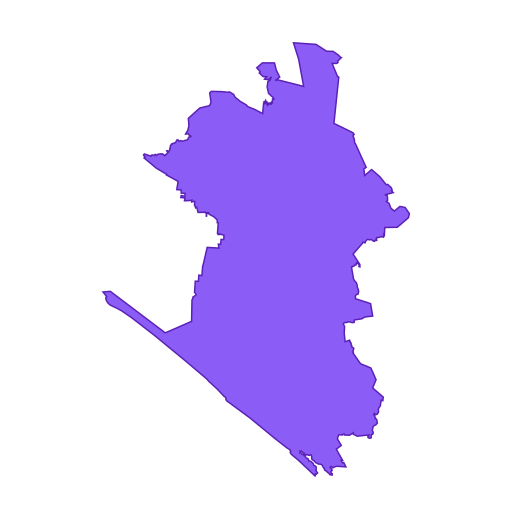 outline of Culiacán, Sinaloa, Mexico, rotated 4°
{"feature_id": "50627088B68322081472397", "entity_name": "Culiacán", "entity_type": "district", "adm_level": 2, "iso_a3": "MEX", "parent_name": "Mexico", "parent_adm1": "Sinaloa", "projection": "mercator", "projection_center": [-107.227, 24.655], "detail": "fine", "context": "isolated", "style": "filled", "palette": "violet", "viewbox_px": 512, "rotation_deg": 4, "n_neighbors": 0, "source": "geoboundaries", "source_scale": "gbopen_adm2", "svg_char_len": 6085}
<svg xmlns="http://www.w3.org/2000/svg" viewBox="0 0 512 512"><g transform="rotate(4 256 256)"><path d="M318.7,46.5L312.1,46.8L301.1,40.7L278.5,40.7L284.8,56.7L291.7,83.5L265.2,78.7L263.0,79.7L267.2,75.9L263.2,69.0L261.0,62.1L248.9,62.9L243.6,68.2L247.3,71.9L246.5,73.2L250.7,76.6L254.1,76.4L252.2,79.0L256.3,79.3L258.9,76.2L257.5,80.0L255.7,81.2L255.3,86.6L257.2,92.9L262.6,97.2L262.0,97.8L262.4,97.8L262.7,98.3L262.0,98.3L261.3,100.4L261.4,101.2L261.7,101.5L261.6,101.8L261.3,101.4L260.4,101.6L260.3,102.4L260.7,102.6L260.7,103.4L260.4,103.5L260.4,102.9L259.7,102.4L258.4,102.6L258.9,103.1L258.0,103.0L258.0,103.9L257.2,104.8L256.6,102.7L256.1,103.4L255.9,102.8L256.2,101.9L255.1,102.2L255.6,101.5L255.2,100.9L254.9,101.8L254.6,100.9L254.4,101.9L253.9,101.2L253.2,101.5L253.7,103.3L252.9,103.2L252.7,113.5L244.8,110.0L237.2,107.5L235.9,106.0L229.4,102.8L223.9,98.9L222.5,96.4L218.2,94.2L216.6,94.6L210.3,94.4L199.9,94.9L198.4,96.5L200.3,105.3L200.3,106.3L199.1,109.3L189.6,112.3L178.9,123.4L180.0,130.7L179.1,135.9L178.4,136.8L177.3,139.3L180.1,138.8L181.0,140.3L182.7,141.0L182.6,141.5L180.6,142.2L179.7,144.6L178.3,145.4L176.8,145.7L176.2,146.2L173.9,146.5L173.0,146.1L171.3,147.0L170.3,145.7L169.1,145.7L167.8,148.5L164.8,149.7L164.6,150.2L163.9,150.2L163.8,151.0L163.1,151.4L162.6,154.9L162.9,155.0L162.9,155.7L162.2,156.6L161.6,158.1L160.1,157.1L159.6,157.4L161.1,158.7L158.4,162.0L158.3,161.6L157.8,162.0L156.8,161.6L155.9,160.7L154.1,160.7L150.5,161.5L149.4,162.7L148.3,161.7L147.4,162.7L145.4,162.4L144.7,162.7L144.3,163.7L137.5,162.0L136.9,162.8L136.8,163.4L138.5,164.8L137.5,166.0L150.2,175.2L161.3,180.8L161.0,181.4L173.1,187.0L172.3,195.3L176.7,195.4L177.0,198.5L180.9,198.5L180.9,201.3L177.2,200.9L176.9,202.9L181.2,203.1L180.8,205.9L187.0,205.2L188.1,204.7L188.1,206.6L190.9,205.7L191.3,206.6L191.0,207.9L191.2,209.9L191.6,210.0L192.4,212.2L193.5,211.6L195.2,216.6L202.3,215.9L202.4,216.4L203.6,216.3L203.6,219.7L203.9,219.7L203.9,216.8L205.1,216.7L205.1,216.1L205.8,216.1L206.3,217.6L210.9,219.6L214.8,222.7L215.0,225.5L216.0,225.6L216.0,236.3L216.9,236.5L216.8,237.2L218.1,237.1L218.2,236.6L222.6,237.5L222.7,241.9L220.0,241.9L219.9,246.8L217.6,246.8L218.4,250.7L206.7,250.8L203.8,269.0L203.5,269.6L203.4,279.2L200.3,279.1L200.3,285.3L197.2,285.3L197.2,296.6L198.1,297.4L198.9,298.7L198.7,299.3L195.9,301.4L196.0,302.7L195.2,304.3L196.3,325.7L170.8,339.0L113.1,301.4L105.9,302.6L109.9,306.9L109.1,307.9L109.4,310.0L111.3,312.9L113.2,314.6L114.6,315.4L121.1,317.9L125.8,320.1L136.2,326.2L160.7,342.6L194.5,366.7L215.7,382.3L217.5,384.2L226.7,391.5L234.1,398.4L234.8,398.6L235.9,399.8L236.0,401.4L237.0,402.6L261.3,418.0L288.7,437.5L300.1,445.2L302.5,446.4L304.3,448.1L303.8,449.4L304.0,450.0L305.5,451.7L312.6,456.8L330.2,471.3L330.8,469.8L330.0,469.6L330.8,469.2L331.4,469.4L332.6,468.1L330.5,465.7L330.4,465.4L330.7,465.8L331.0,465.6L330.7,462.1L329.4,461.1L328.3,460.9L327.6,459.2L326.0,457.7L323.9,456.7L322.8,456.7L322.5,455.3L322.0,454.6L319.9,453.8L318.9,452.0L318.0,451.7L317.0,450.8L315.8,450.7L314.2,449.0L313.5,449.2L313.5,447.4L315.1,447.5L316.9,449.2L317.6,449.3L317.7,449.8L319.4,450.9L319.9,451.0L321.1,450.5L322.1,451.1L323.5,451.1L324.2,450.5L325.0,450.6L325.6,452.5L325.7,454.2L326.2,455.3L328.1,456.0L328.5,456.7L330.1,458.0L332.9,459.2L335.0,459.2L336.0,459.6L336.6,460.1L338.2,462.7L339.1,463.0L339.2,464.4L339.8,465.0L341.6,465.9L342.4,466.9L343.7,467.4L344.6,468.7L345.3,469.1L345.9,468.8L347.6,469.6L347.3,469.2L347.3,467.9L346.1,467.1L345.9,466.5L345.9,465.5L346.8,464.8L346.8,464.6L346.4,464.6L346.6,463.2L344.7,461.9L345.2,460.7L346.7,461.1L347.7,461.8L350.2,460.4L352.0,460.1L360.4,460.1L358.0,456.0L357.2,456.5L355.9,455.5L355.2,454.0L356.7,453.9L349.6,443.1L354.3,439.0L349.9,432.7L351.0,428.6L354.8,428.5L354.7,427.9L356.4,427.4L356.9,428.4L361.7,428.3L365.4,425.6L365.4,426.9L369.5,428.7L381.3,426.6L380.9,427.7L380.2,428.3L380.2,428.9L380.8,429.5L382.1,429.9L383.6,429.3L383.6,426.4L384.0,425.8L384.7,425.7L385.1,425.2L385.3,424.0L384.3,422.0L384.3,421.3L384.6,418.7L385.7,416.8L387.2,416.2L388.7,414.3L387.8,410.6L386.7,409.9L386.4,409.9L386.5,409.3L385.4,407.4L385.4,406.7L385.1,406.1L384.6,406.1L385.1,404.8L386.2,406.1L388.0,405.3L389.1,403.2L388.8,400.3L389.2,398.9L390.4,397.0L391.0,391.0L392.6,391.5L392.8,387.9L381.6,379.5L384.4,371.0L378.4,359.7L367.8,356.2L359.6,346.1L359.9,345.6L359.4,345.1L359.4,344.5L359.6,344.3L359.5,343.8L360.0,341.7L359.6,340.9L358.0,340.1L357.7,338.5L357.1,338.0L356.9,336.1L356.4,336.0L355.7,335.0L355.8,334.4L355.2,334.2L355.1,333.5L350.9,335.3L349.4,327.0L349.3,320.3L347.9,317.6L348.4,316.7L348.9,316.3L351.3,315.9L353.2,315.1L356.8,315.8L357.9,315.4L358.4,315.5L358.7,315.2L358.4,313.9L358.6,312.9L365.9,311.3L368.7,309.3L376.6,307.8L373.6,295.5L358.3,291.7L357.9,289.3L358.8,287.5L360.5,286.8L360.9,284.1L360.1,281.7L359.0,279.5L359.0,278.2L358.1,275.9L356.8,274.4L356.0,273.9L354.9,272.0L352.1,260.7L352.5,260.6L352.5,259.9L353.0,259.6L354.4,259.3L355.0,258.3L356.3,258.0L356.4,257.3L357.2,256.7L357.5,256.1L357.4,256.0L357.2,256.5L356.8,256.7L356.4,256.6L356.5,256.2L357.4,255.5L358.7,256.4L359.8,258.8L359.5,259.4L360.4,259.6L360.2,257.2L352.7,247.3L361.4,235.8L361.6,234.8L363.9,235.2L364.1,233.9L365.8,231.8L366.2,231.6L368.2,232.0L369.6,231.5L371.4,232.4L372.0,233.0L373.2,233.0L373.7,232.1L374.5,232.3L375.4,231.9L375.3,231.4L374.6,230.7L375.1,230.0L375.1,229.3L377.4,228.9L379.4,227.9L380.3,228.3L381.3,227.7L381.9,228.2L382.0,227.8L381.6,227.6L382.2,226.5L382.0,225.7L382.6,226.2L382.5,218.6L394.9,217.5L405.3,207.3L406.1,203.1L401.4,197.2L396.1,196.5L390.9,201.5L387.3,199.0L385.0,194.1L382.3,192.5L383.4,191.4L383.1,188.4L382.4,186.0L381.0,186.2L380.8,185.8L388.5,183.2L386.6,181.5L387.3,180.8L386.1,178.3L382.4,175.4L380.9,175.7L373.9,168.2L365.3,161.7L358.8,168.1L357.5,161.7L359.7,159.9L347.4,137.2L346.4,135.9L345.9,132.5L344.5,129.7L344.5,128.8L345.4,128.0L344.2,126.3L324.5,118.3L326.1,71.8L324.8,71.2L318.5,58.6L322.8,58.3L323.8,57.8L324.3,56.9L323.8,56.3L323.9,55.9L327.3,52.1L326.4,51.8L324.0,49.7L318.7,46.5Z" fill="#8b5cf6" stroke="#5b21b6" stroke-width="1.5"/></g></svg>